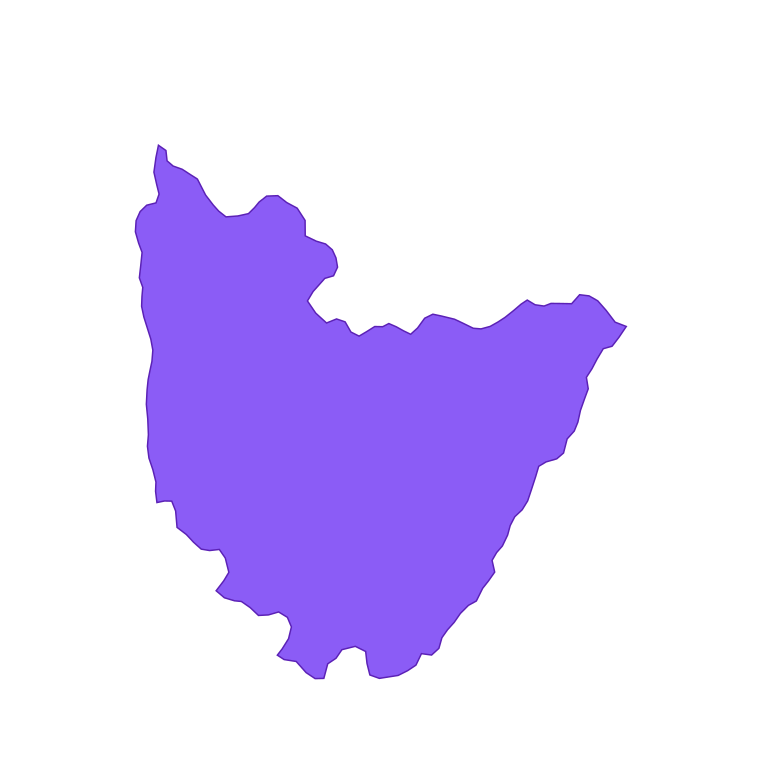 the district of Camacho, Minas Gerais, Brazil, rotated 166°
{"feature_id": "56859067B97694882575280", "entity_name": "Camacho", "entity_type": "district", "adm_level": 2, "iso_a3": "BRA", "parent_name": "Brazil", "parent_adm1": "Minas Gerais", "projection": "equal_earth", "projection_center": [-45.134, -20.652], "detail": "fine", "context": "isolated", "style": "filled", "palette": "violet", "viewbox_px": 768, "rotation_deg": 166, "n_neighbors": 0, "source": "geoboundaries", "source_scale": "gbopen_adm2", "svg_char_len": 2353}
<svg xmlns="http://www.w3.org/2000/svg" viewBox="0 0 768 768"><g transform="rotate(166 384 384)"><path d="M633.0,323.9L625.3,323.6L618.3,321.7L616.9,311.2L619.5,294.9L612.2,285.8L607.0,276.4L601.3,268.0L593.5,264.6L583.8,263.3L580.1,253.5L580.1,238.8L587.1,231.8L596.9,224.0L590.6,215.2L581.5,209.8L575.0,207.5L568.0,199.5L561.8,189.8L552.0,187.9L541.4,188.3L534.2,181.0L532.6,170.7L538.2,160.0L546.9,151.6L553.1,146.7L547.6,140.8L536.3,136.0L529.4,122.8L522.1,114.8L513.6,112.9L506.3,126.1L496.9,129.5L489.1,136.4L475.3,136.4L466.5,128.9L468.1,116.9L468.1,105.1L459.7,99.5L440.8,97.8L430.5,100.1L421.0,103.5L412.9,113.3L403.4,109.5L394.7,114.2L389.2,123.8L381.9,130.1L373.5,135.8L365.4,142.9L355.6,148.8L346.9,151.1L337.7,161.9L330.2,167.7L322.1,174.7L321.8,186.7L315.5,193.2L308.3,198.2L300.6,207.5L295.8,216.1L289.2,223.6L280.4,228.5L272.9,235.8L266.6,245.7L259.1,257.7L253.8,266.7L245.6,269.2L234.5,269.6L226.5,273.6L219.6,286.4L210.8,292.3L205.1,300.1L199.8,310.8L193.0,321.1L187.0,329.9L186.0,341.5L178.6,348.4L171.1,356.8L162.7,365.2L153.5,365.5L144.8,372.4L135.0,381.2L144.8,388.1L150.7,401.8L156.5,413.0L163.7,419.9L172.6,423.3L182.5,416.5L193.7,419.5L202.5,421.8L209.8,420.9L218.2,424.3L224.7,430.8L231.7,428.3L240.5,423.9L250.6,419.3L258.7,416.5L267.1,414.2L276.5,414.0L283.9,416.5L292.7,423.9L299.9,429.8L311.9,436.1L319.7,439.9L328.6,438.0L337.9,430.2L346.1,425.8L352.1,430.8L358.2,436.5L364.7,441.5L371.4,439.9L379.1,442.0L388.2,439.0L396.6,436.5L403.5,442.4L406.7,453.7L414.3,458.6L425.0,457.1L433.1,469.3L438.2,483.1L430.4,490.9L423.2,495.8L415.9,500.8L406.8,501.2L400.8,508.6L400.1,518.0L401.7,526.7L406.8,534.0L415.2,539.0L424.6,546.8L421.0,561.8L425.7,575.6L434.5,583.6L441.4,592.4L452.4,594.7L461.1,590.8L466.9,586.5L474.3,582.1L485.1,582.4L496.9,584.4L502.6,591.8L506.4,599.0L511.4,610.5L515.5,628.0L522.4,635.3L527.9,641.2L535.9,646.5L540.5,653.0L539.1,663.3L545.1,670.2L550.5,658.9L556.0,645.2L556.3,632.4L556.3,622.7L561.4,614.9L571.0,614.9L578.9,610.3L585.0,602.5L588.4,591.8L588.0,580.0L586.9,570.2L591.3,558.0L595.7,546.2L594.7,536.1L597.6,527.7L600.4,518.0L600.8,507.1L600.1,495.5L599.4,484.0L600.1,472.8L603.7,462.1L607.8,453.7L611.8,445.3L615.3,435.6L619.5,421.8L621.7,407.1L624.9,391.7L628.6,380.8L630.0,369.0L629.0,356.8L629.0,344.0L631.6,335.2L633.0,323.9Z" fill="#8b5cf6" stroke="#5b21b6" stroke-width="1.5"/></g></svg>